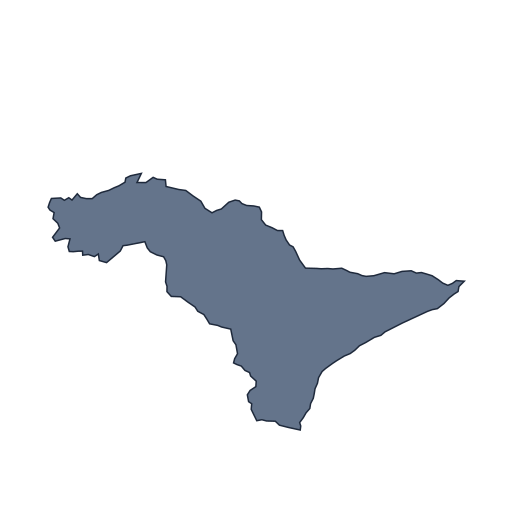 Buritinópolis, Goiás, Brazil, rotated 54°
{"feature_id": "56859067B12630589469330", "entity_name": "Buritinópolis", "entity_type": "district", "adm_level": 2, "iso_a3": "BRA", "parent_name": "Brazil", "parent_adm1": "Goiás", "projection": "equal_earth", "projection_center": [-46.305, -14.393], "detail": "fine", "context": "isolated", "style": "filled", "palette": "slate", "viewbox_px": 512, "rotation_deg": 54, "n_neighbors": 0, "source": "geoboundaries", "source_scale": "gbopen_adm2", "svg_char_len": 2358}
<svg xmlns="http://www.w3.org/2000/svg" viewBox="0 0 512 512"><g transform="rotate(54 256 256)"><path d="M161.5,387.1L161.7,382.4L167.6,385.4L173.5,380.8L172.2,362.9L169.5,357.5L171.5,353.9L179.1,337.5L185.5,339.2L190.4,339.0L196.9,335.6L202.3,331.2L206.7,331.7L210.7,333.4L223.8,344.4L228.2,345.8L232.5,349.0L238.9,348.3L244.7,340.9L253.0,338.3L261.4,335.3L266.5,335.6L272.7,332.6L278.4,332.9L283.6,333.4L289.6,327.8L293.2,325.6L300.3,319.4L311.1,324.3L316.0,324.4L324.2,328.4L326.5,333.6L329.3,337.0L332.5,335.3L336.4,332.6L342.1,332.2L346.5,329.7L349.9,330.9L357.4,329.4L361.6,332.9L361.3,339.8L363.2,344.6L369.5,347.6L373.0,346.3L377.2,350.0L385.1,351.4L389.7,352.2L391.9,347.5L395.7,344.4L401.0,337.5L406.6,336.5L413.7,330.6L422.8,322.5L419.8,319.7L416.4,318.6L414.6,312.8L412.3,307.7L411.0,302.1L407.5,298.6L404.8,293.3L401.4,289.6L398.1,286.3L395.1,281.1L391.2,276.9L388.3,270.4L387.9,265.7L387.9,257.1L388.1,252.2L388.8,243.4L390.3,237.1L390.3,231.2L389.4,225.1L390.5,218.0L391.4,208.0L393.6,201.6L393.2,196.2L396.3,176.7L401.6,149.8L403.0,144.9L405.2,140.2L404.9,131.8L403.4,124.3L403.2,118.0L403.5,113.4L400.0,109.8L398.8,102.3L396.3,105.3L393.6,108.4L393.6,113.2L392.5,118.0L387.6,120.9L382.5,122.4L375.5,125.1L370.7,128.7L366.6,131.9L364.1,136.3L359.2,139.1L354.3,146.9L351.6,154.7L345.0,161.8L341.2,172.3L337.2,178.9L334.1,181.8L330.1,184.1L324.3,189.6L321.2,191.1L316.3,193.8L311.7,201.4L308.3,205.3L304.7,210.7L301.8,214.1L294.9,223.1L284.9,223.1L275.5,221.2L270.4,220.6L266.8,222.4L260.7,222.2L255.8,221.1L251.1,219.5L248.0,223.7L242.7,226.3L236.7,230.0L229.8,230.3L223.6,225.6L218.4,224.6L214.2,228.4L209.6,233.9L205.3,236.6L201.6,237.1L198.5,240.0L196.5,246.4L197.6,256.4L196.0,261.0L195.2,266.2L187.4,269.3L179.2,268.4L170.5,271.6L161.7,274.3L156.8,279.4L146.9,287.9L141.1,284.5L135.8,290.8L131.9,293.0L131.9,301.9L126.6,309.1L121.8,300.2L117.3,310.4L116.4,315.5L119.3,318.6L118.6,325.8L117.4,330.7L116.4,336.5L113.7,343.7L112.8,348.8L113.3,354.8L109.9,359.5L105.5,363.5L100.6,364.0L102.6,372.0L98.8,373.2L98.3,378.3L94.3,379.8L92.1,383.2L89.2,387.7L91.4,391.5L94.3,395.5L97.7,395.7L102.2,393.8L106.5,398.3L113.0,397.1L117.9,398.4L121.3,409.6L126.0,409.7L129.7,400.1L132.8,396.4L138.0,402.7L142.6,404.4L145.1,401.3L147.8,396.7L150.1,393.5L153.5,395.7L156.2,390.8L161.5,387.1Z" fill="#64748b" stroke="#1e293b" stroke-width="1.5"/></g></svg>